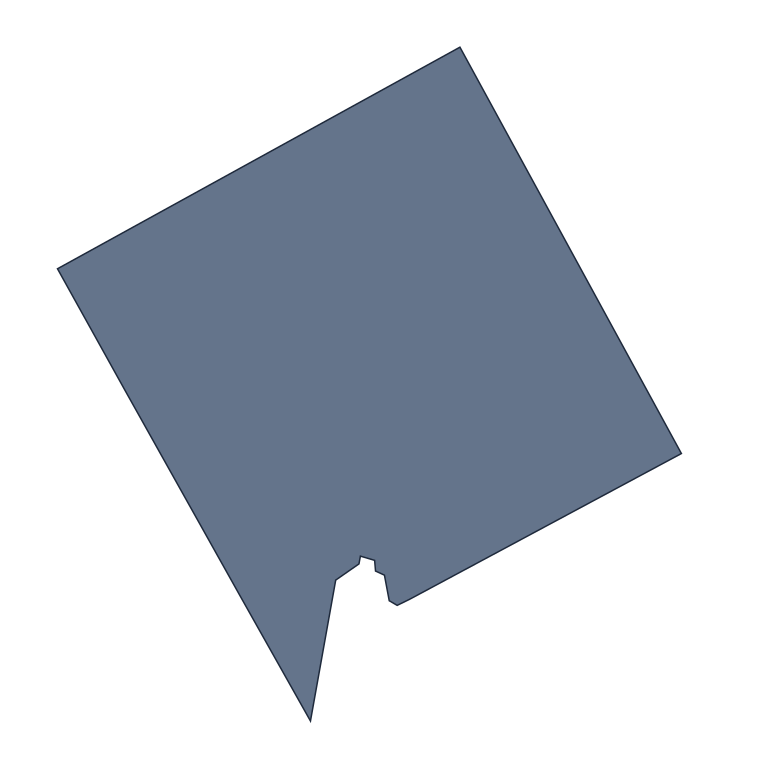 outline of Medina, Texas, United States of America, rotated 151°
{"feature_id": "52423323B50387422534954", "entity_name": "Medina", "entity_type": "district", "adm_level": 2, "iso_a3": "USA", "parent_name": "United States of America", "parent_adm1": "Texas", "projection": "orthographic", "projection_center": [-98.977, 29.391], "detail": "fine", "context": "isolated", "style": "filled", "palette": "slate", "viewbox_px": 768, "rotation_deg": 151, "n_neighbors": 0, "source": "geoboundaries", "source_scale": "gbopen_adm2", "svg_char_len": 363}
<svg xmlns="http://www.w3.org/2000/svg" viewBox="0 0 768 768"><g transform="rotate(151 384 384)"><path d="M613.7,643.1L613.6,504.7L612.6,269.9L611.7,124.9L521.3,235.9L493.1,238.8L488.1,244.9L477.7,234.3L482.1,224.5L476.3,216.6L484.5,191.9L479.8,184.0L466.4,183.3L157.6,179.0L154.3,641.8L613.7,643.1Z" fill="#64748b" stroke="#1e293b" stroke-width="1.5"/></g></svg>